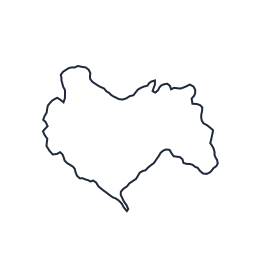 Funilândia, Minas Gerais, Brazil (Robinson projection), rotated 325°
{"feature_id": "56859067B22381127765389", "entity_name": "Funilândia", "entity_type": "district", "adm_level": 2, "iso_a3": "BRA", "parent_name": "Brazil", "parent_adm1": "Minas Gerais", "projection": "robinson", "projection_center": [-44.069, -19.36], "detail": "fine", "context": "isolated", "style": "outline", "palette": "slate", "viewbox_px": 256, "rotation_deg": 325, "n_neighbors": 0, "source": "geoboundaries", "source_scale": "gbopen_adm2", "svg_char_len": 2236}
<svg xmlns="http://www.w3.org/2000/svg" viewBox="0 0 256 256"><g transform="rotate(325 128 128)"><path d="M177.3,104.5L174.0,103.4L171.2,103.3L168.2,104.5L165.1,103.3L161.7,102.5L158.1,102.2L154.6,103.2L151.3,104.3L147.7,102.9L143.8,102.8L139.9,101.6L137.1,99.1L135.9,96.8L134.3,94.0L133.1,91.2L132.7,88.5L131.4,85.7L131.0,81.8L128.9,78.4L127.5,75.4L126.5,72.8L125.4,70.0L125.1,66.3L126.4,63.9L128.6,61.5L129.2,57.8L128.1,54.1L125.5,51.7L122.6,48.5L118.9,47.8L116.7,46.1L114.1,45.0L111.4,44.8L107.0,44.7L103.4,45.9L102.4,48.5L100.9,50.6L99.6,54.2L98.5,57.2L98.2,60.6L96.0,63.9L93.4,67.4L89.9,70.0L88.7,65.7L87.3,62.6L84.3,62.2L81.3,62.1L78.5,62.7L75.4,63.6L73.3,65.4L70.2,68.7L66.1,70.6L63.2,72.7L64.0,75.8L63.2,80.4L59.5,81.1L56.5,81.9L55.7,85.5L55.7,90.6L53.0,93.5L50.9,96.0L50.6,101.6L51.2,106.5L54.9,108.5L58.4,108.8L59.2,111.8L58.4,115.4L57.4,118.4L58.0,121.9L59.6,125.4L60.8,128.4L60.9,131.2L59.8,133.8L58.8,137.7L59.6,141.5L61.9,143.0L63.5,145.5L65.4,147.9L66.7,150.4L69.3,151.0L70.6,154.3L70.3,158.9L71.2,162.1L72.0,164.9L73.4,168.9L74.6,172.8L75.8,176.1L77.5,178.6L78.9,182.3L79.5,186.5L79.0,190.5L79.4,195.4L81.7,194.5L82.5,190.5L82.5,185.6L83.2,181.7L83.7,178.6L85.6,176.1L89.2,175.2L93.9,175.2L97.4,174.1L101.4,174.2L105.4,174.3L108.4,173.0L112.0,171.3L115.5,171.7L118.1,172.7L121.8,171.9L125.8,171.6L129.0,171.6L131.5,170.7L134.0,169.7L137.2,168.6L140.5,167.0L143.9,166.7L146.8,167.4L149.5,169.7L149.2,173.7L149.2,177.3L151.5,179.5L153.7,181.4L154.7,184.8L153.4,188.4L155.4,191.0L158.2,193.1L159.8,195.2L160.6,198.1L162.3,200.7L162.3,204.1L163.3,208.3L166.3,210.8L169.3,211.3L171.9,211.0L174.9,209.9L178.4,209.9L181.2,208.5L182.6,205.4L182.8,202.5L183.4,199.7L185.1,197.4L186.3,194.0L186.7,190.7L186.7,187.5L188.8,185.8L191.1,183.7L193.6,181.4L196.4,178.6L195.5,175.0L194.4,171.2L192.5,167.4L192.7,164.2L194.2,161.0L195.9,158.9L198.4,156.6L200.7,153.7L200.0,150.3L198.1,147.8L194.7,145.1L197.0,140.4L200.7,139.5L203.1,137.9L204.9,135.4L205.4,131.7L203.6,127.9L199.6,127.3L196.4,126.6L193.7,125.8L191.6,124.1L188.7,121.5L185.5,121.0L186.5,117.5L185.6,114.3L182.5,112.8L179.4,112.2L176.8,112.9L174.2,114.3L170.6,114.6L169.3,111.9L172.3,109.7L174.9,107.9L177.3,104.5Z" fill="none" stroke="#1e293b" stroke-width="2"/></g></svg>